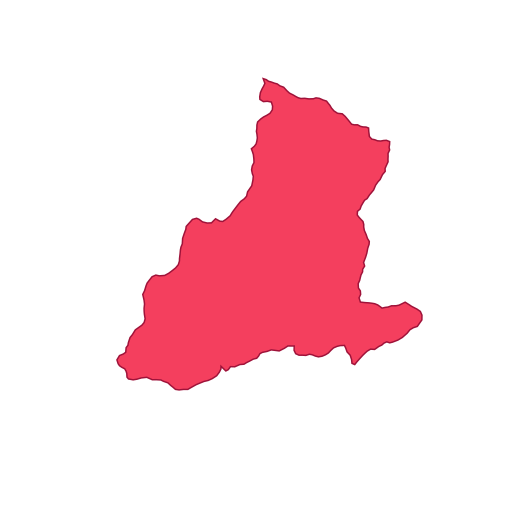 outline of Bauru, São Paulo, Brazil, rotated 238°
{"feature_id": "56859067B67104072905137", "entity_name": "Bauru", "entity_type": "district", "adm_level": 2, "iso_a3": "BRA", "parent_name": "Brazil", "parent_adm1": "São Paulo", "projection": "natural_earth1", "projection_center": [-49.125, -22.239], "detail": "fine", "context": "isolated", "style": "filled", "palette": "rose", "viewbox_px": 512, "rotation_deg": 238, "n_neighbors": 0, "source": "geoboundaries", "source_scale": "gbopen_adm2", "svg_char_len": 3826}
<svg xmlns="http://www.w3.org/2000/svg" viewBox="0 0 512 512"><g transform="rotate(238 256 256)"><path d="M402.6,356.1L397.7,355.0L396.1,352.6L394.5,349.7L392.2,346.3L389.0,343.5L386.7,342.3L383.0,344.1L381.2,347.6L378.4,350.6L374.3,349.5L371.3,347.3L369.6,343.5L369.6,339.7L369.9,336.1L369.7,332.7L368.8,328.4L366.6,326.2L363.7,324.3L361.5,322.4L358.9,321.4L355.4,319.7L353.1,317.7L351.0,315.5L349.9,312.7L349.4,308.9L346.5,308.3L343.4,307.5L339.4,305.6L336.3,303.8L334.3,300.5L331.4,297.9L327.7,296.5L325.1,296.0L322.0,293.6L317.8,289.6L314.9,282.9L311.7,279.7L310.7,276.3L310.4,271.9L308.9,267.6L307.8,264.7L306.2,260.5L305.1,258.0L303.8,255.5L303.0,250.1L302.9,246.1L304.7,243.8L309.0,241.4L307.7,235.8L309.8,232.1L313.3,228.7L317.4,227.1L319.5,225.6L320.7,221.5L318.1,212.5L315.8,210.6L313.2,207.2L309.8,203.1L305.3,199.9L303.3,197.1L301.4,195.3L298.0,192.7L294.4,189.8L292.3,188.4L289.8,185.5L288.5,181.5L288.0,177.4L287.6,172.9L287.9,168.3L290.4,163.5L292.9,160.9L293.5,156.9L292.0,152.7L290.7,149.3L289.0,147.0L285.6,143.1L283.4,139.6L277.7,137.6L274.3,136.0L271.0,133.4L268.5,131.9L265.8,130.5L261.5,128.7L258.9,125.9L257.8,122.6L257.3,114.5L254.8,109.5L253.6,106.0L250.2,101.9L248.1,100.0L247.1,97.3L243.4,94.5L243.2,91.7L243.9,87.5L241.6,83.0L237.7,82.0L235.3,82.1L232.8,83.2L229.9,84.9L227.3,84.8L224.9,84.2L221.6,82.4L219.3,82.7L216.1,86.2L214.6,89.8L213.4,94.1L211.0,99.1L206.0,102.5L204.0,105.8L201.3,109.6L198.8,111.1L195.1,114.1L191.4,115.1L188.9,116.0L185.6,117.0L183.2,119.8L181.3,123.8L179.0,127.5L178.9,130.9L178.6,137.1L177.8,141.9L177.2,145.4L175.8,149.5L175.2,154.0L175.3,159.2L176.9,163.3L178.8,166.4L181.0,167.9L174.5,169.5L174.3,172.3L175.7,175.7L173.3,179.3L172.5,184.8L170.6,188.5L170.6,191.5L170.3,194.4L170.0,199.1L168.9,202.4L169.8,205.2L171.1,207.5L170.9,210.3L169.2,214.9L168.3,219.2L163.2,225.4L162.7,231.1L162.8,235.4L159.4,240.7L155.8,238.3L152.1,237.9L149.1,239.9L147.3,242.8L145.3,245.6L144.4,249.2L142.5,251.3L139.7,253.3L137.4,255.5L136.0,258.9L135.4,262.6L135.4,266.0L136.3,269.4L137.0,273.1L136.4,276.9L135.4,279.9L133.3,283.6L130.4,283.3L126.4,282.4L121.9,283.3L117.6,282.2L114.1,280.5L111.6,282.2L112.8,285.5L114.1,289.9L115.2,293.9L115.8,296.7L116.4,299.9L116.3,303.8L113.9,307.1L114.2,312.3L113.8,315.5L114.3,318.4L113.9,321.4L111.5,323.4L110.6,326.2L109.5,331.8L109.4,337.0L110.4,343.2L111.9,347.5L111.8,351.5L110.8,355.5L112.3,359.0L113.9,362.8L117.9,365.4L121.9,366.0L125.6,364.4L130.8,361.3L133.9,359.9L137.8,358.0L138.1,355.0L138.5,351.3L139.6,348.4L142.0,344.4L142.7,341.0L144.0,338.2L145.0,335.3L147.6,334.3L150.0,333.3L152.6,331.4L154.4,329.4L156.2,327.2L158.9,323.5L161.6,320.1L165.9,321.2L168.0,324.4L171.1,326.0L174.6,325.9L178.4,328.0L180.4,331.0L182.4,333.0L184.3,335.0L186.1,338.0L188.2,339.4L189.9,342.8L193.5,343.8L196.9,348.3L199.7,351.5L203.4,354.9L206.0,358.1L208.3,359.8L211.7,359.8L216.0,360.8L220.2,361.4L223.5,362.7L225.7,364.1L228.6,365.0L231.4,364.4L234.1,363.9L237.1,363.6L240.1,365.7L240.6,369.1L242.7,371.7L244.4,374.9L245.8,377.7L245.8,380.6L247.7,384.7L248.6,387.6L249.7,390.8L252.7,395.0L254.3,398.8L255.1,401.8L258.0,406.4L259.3,410.4L261.8,411.8L263.4,414.1L265.9,417.9L268.3,419.3L270.6,420.9L273.0,422.3L275.1,425.5L277.7,426.5L279.7,428.3L282.2,430.0L285.0,427.9L286.4,425.3L287.4,422.7L289.3,420.1L291.7,418.3L293.8,416.1L297.3,415.5L301.8,417.6L304.9,419.3L307.0,417.7L308.8,415.1L310.6,413.3L313.4,411.7L315.1,408.9L317.1,406.9L322.1,406.3L327.1,405.6L330.9,404.5L333.8,400.8L337.7,399.0L341.5,398.4L344.5,398.5L346.9,398.2L350.0,397.9L352.7,395.6L356.1,393.3L358.3,390.7L359.0,387.9L361.2,384.1L363.9,380.9L365.8,377.5L367.9,375.6L370.1,374.3L373.0,372.8L376.4,370.7L379.7,369.8L384.5,368.9L387.7,366.4L390.7,365.2L392.7,363.3L395.4,361.2L397.6,359.2L400.1,358.2L402.6,356.1Z" fill="#f43f5e" stroke="#9f1239" stroke-width="1.5"/></g></svg>